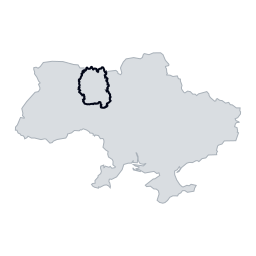 location of Zhytomyr within Ukraine
{"feature_id": "UKR-324", "entity_name": "Zhytomyr", "entity_type": "Region", "adm_level": 1, "iso_a3": "UKR", "parent_name": "Ukraine", "parent_adm1": "", "projection": "mercator", "projection_center": [28.508, 50.617], "detail": "fine", "context": "in_parent", "style": "outline", "palette": "ink", "viewbox_px": 256, "rotation_deg": 0, "n_neighbors": 0, "source": "natural_earth", "source_scale": "10m", "svg_char_len": 7892}
<svg xmlns="http://www.w3.org/2000/svg" viewBox="0 0 256 256"><path d="M176.7,179.9L179.7,184.5L182.2,186.8L183.4,186.9L186.9,185.3L189.1,185.8L191.1,184.3L196.2,185.4L194.6,188.3L193.9,191.2L187.4,192.3L184.9,190.6L182.4,190.7L180.9,192.8L178.4,194.2L177.6,195.9L172.9,195.8L169.8,197.3L167.5,200.5L164.9,202.6L162.8,203.2L159.6,202.4L157.1,200.3L159.1,194.0L158.4,190.7L156.3,189.1L153.8,188.9L150.4,186.2L146.6,186.6L145.3,185.2L153.2,179.0L154.9,178.8L159.7,175.5L158.9,172.8L156.8,173.5L154.0,171.4L144.9,173.0L139.4,169.8L136.8,169.4L136.1,168.7L138.8,168.0L139.0,166.8L135.3,166.0L133.3,164.5L143.4,165.9L146.1,163.4L143.3,164.3L140.5,163.7L139.5,162.9L138.2,160.3L138.1,156.7L136.9,153.5L135.9,152.4L137.8,157.7L137.3,162.8L133.0,162.5L133.4,160.4L131.4,163.1L128.1,163.2L123.8,164.5L122.1,169.7L116.6,176.9L111.6,179.4L109.9,179.0L109.2,179.5L108.9,181.7L109.7,182.8L110.4,186.3L110.2,187.8L108.5,185.8L106.4,184.9L104.1,185.2L100.0,187.3L98.6,186.9L98.7,187.9L98.4,188.2L94.5,187.2L92.8,186.2L91.5,184.4L92.7,183.5L95.1,183.2L95.0,180.5L98.0,177.2L98.1,175.7L100.7,173.6L101.4,171.4L100.5,168.0L100.8,166.2L103.7,165.1L103.9,167.7L104.5,167.4L105.2,166.1L109.0,167.3L110.2,166.4L111.8,168.2L114.8,167.7L115.5,166.9L112.9,164.8L113.1,161.4L112.3,159.5L108.5,157.0L107.7,154.0L108.1,151.4L106.1,150.3L103.0,147.3L104.0,142.0L103.8,140.0L102.9,138.5L100.4,138.7L98.5,135.6L95.5,135.0L94.6,136.1L94.1,135.1L93.1,135.1L93.2,133.8L92.5,133.3L89.9,133.0L89.3,131.8L86.6,130.0L83.2,128.8L81.4,130.0L80.5,129.7L79.2,130.8L74.4,130.5L71.5,132.9L67.6,134.0L67.3,135.7L65.8,138.0L57.1,139.5L53.4,141.1L52.2,142.6L49.9,143.1L46.0,139.1L44.8,138.8L41.0,139.6L34.6,138.0L31.3,138.0L28.0,136.2L26.9,137.7L24.7,138.8L24.4,137.3L23.3,135.8L21.0,135.3L20.2,134.0L18.1,133.0L16.9,130.2L15.4,130.2L15.5,127.1L17.4,124.9L20.5,117.5L24.2,118.2L24.3,117.4L22.5,115.7L22.9,113.3L21.8,108.6L22.6,107.3L26.7,101.6L35.1,92.3L38.4,91.6L39.9,89.3L39.9,87.6L38.5,84.2L40.1,83.0L39.9,82.5L38.6,81.1L37.0,77.4L34.5,73.8L34.7,72.1L33.8,69.6L33.8,67.7L36.1,67.2L38.1,68.2L40.3,66.6L43.3,62.5L52.1,61.3L62.9,61.6L73.5,64.5L78.1,64.9L80.0,68.0L83.8,67.9L84.9,68.5L85.1,70.4L87.1,68.1L89.0,68.8L91.1,67.8L96.3,69.1L96.9,70.8L98.0,71.3L99.5,69.2L102.6,67.4L105.7,72.3L108.3,71.3L115.9,70.4L117.7,72.0L118.0,73.5L120.7,74.7L121.8,72.9L120.5,68.0L121.2,66.2L123.3,62.0L126.1,58.9L133.6,57.6L140.4,58.8L142.4,57.5L143.4,54.3L144.4,53.6L149.0,54.7L153.3,52.9L160.6,52.8L163.0,54.7L165.4,60.3L168.9,64.3L168.7,65.6L165.5,66.4L165.4,67.0L166.5,68.9L166.8,72.7L167.4,73.2L166.6,74.9L170.1,75.2L172.9,76.5L177.3,75.9L178.4,78.7L180.4,79.1L180.4,81.0L182.0,85.4L181.4,87.7L181.6,89.1L183.9,92.4L184.9,92.9L187.6,91.1L190.4,91.7L192.8,94.2L195.2,94.2L196.7,95.6L198.5,93.9L206.8,91.6L208.8,93.9L209.1,95.5L210.3,97.5L214.6,101.2L215.9,100.8L216.2,99.2L217.3,98.6L219.7,100.3L222.1,100.6L225.5,103.1L228.7,102.4L230.3,104.7L232.3,104.9L236.3,107.9L240.1,107.9L239.8,110.7L240.6,111.9L240.4,114.1L237.7,117.7L235.1,118.8L236.0,120.6L238.9,121.8L239.1,122.3L236.5,122.6L235.4,123.9L234.6,126.7L237.0,127.6L237.7,131.1L237.2,132.1L238.5,132.8L235.8,140.7L224.3,140.9L222.0,144.0L218.6,145.1L217.6,146.0L216.5,150.4L217.5,151.3L216.5,153.1L216.7,154.7L208.3,155.0L205.8,157.9L202.1,158.6L198.9,161.6L197.6,160.7L196.0,160.7L192.5,162.6L189.3,162.4L186.8,163.2L181.5,167.6L179.0,171.5L176.6,172.6L180.0,169.5L180.1,167.8L179.3,166.6L177.3,169.7L174.6,171.1L174.7,174.8L176.7,179.9ZM140.8,171.7L133.4,169.9L132.8,167.8L134.4,169.6L140.8,171.7Z" fill="#d9dde1" stroke="#a8b0b8" stroke-width="1"/><path d="M91.5,66.9L91.9,67.1L91.9,67.3L91.9,67.7L92.1,67.9L92.2,68.1L92.6,68.3L92.7,68.5L92.8,68.7L92.9,69.2L93.0,69.4L93.2,69.5L93.3,69.4L93.7,69.1L94.3,68.6L94.6,68.5L94.9,68.5L96.1,68.8L96.4,68.9L96.5,69.2L96.5,69.6L96.7,70.7L96.8,71.0L97.1,71.3L97.5,71.1L97.7,71.4L97.8,71.7L98.0,71.9L98.2,71.7L98.2,71.4L98.2,70.6L98.2,70.3L98.5,69.7L98.8,69.3L99.2,69.0L99.6,68.8L100.0,68.7L100.8,68.7L101.1,68.6L101.3,68.3L101.6,67.7L101.9,67.4L102.1,67.3L102.4,67.3L102.9,67.4L103.2,67.6L103.4,67.9L103.6,68.6L104.0,69.2L104.2,69.6L104.2,70.1L104.1,70.6L104.2,70.9L104.4,71.0L104.7,71.3L104.8,71.7L104.9,72.1L105.1,72.5L105.4,72.7L105.6,72.6L105.8,72.4L105.8,72.6L106.0,72.7L106.3,72.9L106.2,73.9L106.2,74.0L106.0,74.3L105.9,74.5L105.7,74.7L105.3,75.0L105.1,75.1L104.8,75.1L104.7,75.2L105.0,76.1L105.1,77.1L105.2,77.4L105.2,77.6L105.3,77.6L105.6,77.1L105.9,77.1L106.1,77.3L106.5,77.6L106.6,77.8L106.7,78.1L106.8,78.2L107.3,78.4L107.4,78.5L107.5,78.6L107.5,78.8L107.2,79.4L107.2,79.5L107.2,80.4L107.1,80.6L106.9,80.4L106.7,80.4L106.3,80.4L106.3,80.6L106.3,80.8L106.6,81.1L107.3,82.1L107.7,82.5L107.7,82.8L107.5,84.2L107.5,84.3L108.1,84.3L108.4,84.4L108.5,84.5L108.6,85.0L108.8,85.7L108.7,85.9L108.7,86.1L108.1,86.5L108.0,86.8L107.6,87.4L107.4,87.9L107.3,88.0L107.7,88.4L107.8,88.5L107.6,89.2L107.5,89.3L107.3,89.3L107.3,89.6L107.5,89.7L107.6,89.8L107.6,90.0L107.5,90.4L107.4,90.6L107.2,90.6L106.9,90.6L107.2,90.9L107.2,91.0L106.7,91.2L106.7,91.3L106.8,91.5L107.5,91.4L108.1,91.3L108.3,91.5L108.6,92.0L108.7,92.5L108.9,92.9L108.9,93.3L109.0,93.4L109.3,93.4L109.4,93.5L109.5,93.6L109.7,94.1L109.8,94.2L110.0,94.3L110.1,94.6L110.0,95.4L110.0,96.1L110.1,96.3L110.4,96.5L110.5,96.7L110.5,97.0L110.5,97.3L110.4,97.5L109.8,97.8L109.7,97.9L109.7,98.0L109.9,98.9L109.8,99.2L109.8,99.3L109.8,99.5L110.5,100.7L110.6,100.8L110.5,101.0L110.2,101.3L109.7,101.6L109.5,101.9L109.2,102.3L108.7,102.6L108.3,102.8L107.8,103.2L107.6,103.2L107.3,103.4L107.3,103.5L107.0,103.5L106.9,103.6L106.9,103.9L107.0,104.1L107.0,104.3L106.8,104.8L106.6,105.3L106.8,105.3L107.3,105.3L107.4,105.5L107.4,105.8L107.1,106.0L106.9,106.4L106.6,106.4L106.5,106.5L106.0,107.0L105.9,107.0L105.0,107.1L104.9,107.2L104.7,107.7L104.3,107.7L103.0,107.8L102.1,107.6L101.6,107.6L101.3,107.5L101.1,107.4L101.3,107.0L101.3,106.8L101.1,106.6L101.0,106.3L101.0,106.2L100.7,106.0L100.7,105.9L100.8,105.6L101.4,104.9L101.4,104.7L100.9,104.4L100.8,104.2L100.6,103.8L100.6,103.7L100.6,103.4L100.5,103.1L100.6,102.9L100.5,102.7L100.3,102.5L100.2,102.4L100.2,102.2L99.3,102.0L99.2,102.0L99.0,102.4L98.9,102.5L98.5,102.7L98.3,102.9L98.1,103.2L97.9,103.5L96.7,103.5L96.2,103.7L96.0,103.8L95.8,103.6L95.4,103.4L94.2,103.4L94.0,103.5L93.8,103.9L93.7,104.0L93.3,104.1L93.0,104.1L92.4,103.8L92.2,103.8L91.8,103.9L90.6,104.0L89.6,104.3L89.1,104.3L88.3,104.2L87.2,104.3L84.6,103.6L84.4,103.3L84.3,103.0L83.8,102.2L83.8,101.9L83.8,101.7L83.7,101.6L83.2,101.5L83.1,101.3L83.1,100.8L83.2,100.7L83.5,100.7L83.5,100.3L83.2,99.7L83.8,99.6L84.1,99.5L84.3,99.3L84.5,99.2L84.6,98.8L84.6,98.5L84.5,98.4L84.2,98.3L84.1,98.2L84.2,97.8L84.4,97.5L84.4,97.4L84.2,97.1L84.2,96.9L84.4,96.7L84.4,96.3L84.0,95.8L83.9,95.7L83.9,95.1L83.9,94.8L83.9,94.7L83.7,94.6L83.4,95.0L83.3,95.3L83.2,95.4L82.6,95.3L82.4,95.3L82.4,95.2L82.3,94.8L81.8,94.6L81.7,94.3L81.4,94.3L81.3,94.2L81.4,93.9L80.2,93.0L80.1,92.8L80.0,92.6L79.9,92.5L79.8,92.4L79.4,92.3L79.2,92.2L79.2,91.9L79.4,91.0L79.5,90.9L79.7,90.6L80.1,90.4L80.0,90.2L79.8,90.2L79.6,90.1L79.4,89.7L79.1,89.5L78.9,89.1L78.7,89.0L79.2,88.5L79.3,88.2L79.2,88.2L78.8,87.9L78.7,87.6L79.0,86.8L79.3,86.5L79.4,86.3L79.6,85.5L79.7,85.2L79.6,84.8L79.2,84.2L79.1,83.9L79.1,83.6L79.3,82.5L79.3,82.1L79.1,81.8L79.0,81.6L79.3,81.3L79.1,81.0L79.1,80.9L79.0,80.6L78.8,80.1L79.0,79.6L79.1,79.4L79.7,79.2L80.0,79.1L80.3,78.5L80.6,78.2L80.8,77.1L81.1,76.7L81.3,76.1L81.8,75.7L81.9,75.4L82.0,75.2L82.0,74.9L81.5,74.0L81.5,73.9L82.4,73.6L82.5,73.5L82.7,73.1L82.7,72.9L82.4,72.6L82.4,72.2L82.6,71.2L82.8,71.1L83.0,71.4L83.0,71.5L83.6,72.1L83.8,72.1L83.8,71.9L83.7,71.7L83.5,71.4L83.5,71.2L83.6,70.8L83.6,70.5L84.2,70.2L84.6,70.2L84.7,70.3L84.9,70.5L85.1,70.6L85.4,70.7L85.6,70.5L86.2,69.7L86.3,69.3L86.2,68.7L86.3,68.2L86.5,67.9L86.7,67.7L87.0,67.6L87.3,67.8L88.0,68.6L88.3,68.7L88.5,68.8L89.7,68.8L90.0,68.7L90.3,68.4L90.7,67.7L90.9,67.3L91.2,67.0L91.5,66.9Z" fill="none" stroke="#020617" stroke-width="2"/></svg>